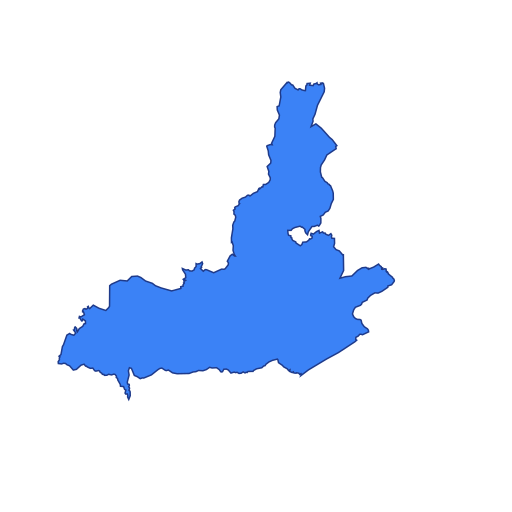 Budureasa, Bihor, Romania, rotated 116°
{"feature_id": "2599482B63741703724977", "entity_name": "Budureasa", "entity_type": "district", "adm_level": 2, "iso_a3": "ROU", "parent_name": "Romania", "parent_adm1": "Bihor", "projection": "natural_earth1", "projection_center": [22.661, 46.683], "detail": "fine", "context": "isolated", "style": "filled", "palette": "blue", "viewbox_px": 512, "rotation_deg": 116, "n_neighbors": 0, "source": "geoboundaries", "source_scale": "gbopen_adm2", "svg_char_len": 6136}
<svg xmlns="http://www.w3.org/2000/svg" viewBox="0 0 512 512"><g transform="rotate(116 256 256)"><path d="M433.8,388.1L435.4,387.2L437.7,387.5L439.3,386.5L438.2,383.4L436.8,382.0L436.1,380.2L436.6,378.2L436.4,375.4L438.6,370.2L436.6,367.7L430.8,365.4L428.6,363.1L429.7,360.9L429.3,360.0L429.7,359.1L429.6,355.7L428.3,353.5L429.8,350.8L429.7,349.5L428.0,347.3L427.9,346.2L428.8,345.2L429.0,343.2L429.7,342.2L429.1,340.7L429.7,340.0L428.6,337.8L426.9,336.6L426.2,333.7L424.5,332.0L424.2,330.8L425.1,328.8L426.5,328.3L426.7,326.8L428.0,325.9L430.9,321.7L432.5,320.7L431.4,317.8L433.5,315.6L433.5,314.2L436.6,313.6L437.2,312.6L436.4,311.1L438.1,309.8L438.9,309.7L440.7,307.5L436.7,307.8L433.4,309.5L432.7,310.1L432.3,311.4L430.7,311.5L429.8,312.1L429.4,313.1L428.1,313.0L427.0,313.7L427.3,315.3L425.8,316.4L418.6,317.9L415.1,320.4L411.9,320.8L411.6,318.7L416.7,313.0L416.5,309.9L417.0,306.3L415.3,304.6L414.9,303.4L408.7,297.9L401.1,294.3L399.2,293.1L398.0,291.5L398.5,287.6L398.4,286.5L396.9,284.7L397.6,279.8L396.4,275.3L390.9,264.6L387.8,261.7L386.3,259.3L384.1,257.5L382.4,253.4L379.8,250.8L376.4,248.9L375.9,246.4L373.7,242.5L374.2,239.3L375.5,236.9L375.4,236.3L374.7,235.4L371.9,235.3L370.6,233.0L370.6,230.9L372.2,227.2L369.9,224.7L369.8,223.3L368.8,222.0L369.0,219.8L367.9,218.0L365.8,216.7L365.9,214.6L364.7,213.8L364.6,212.9L363.3,212.6L361.0,208.1L360.0,208.0L357.1,206.0L353.9,201.8L351.5,200.9L350.6,199.8L348.9,199.6L345.5,197.9L342.6,195.5L339.3,191.6L339.6,190.9L342.0,189.0L342.7,184.4L343.5,182.5L343.7,178.4L344.7,176.5L343.4,175.6L345.0,175.1L344.9,172.6L343.9,171.7L344.6,171.5L344.3,170.0L343.7,168.5L343.1,168.3L342.6,165.9L343.3,164.8L342.0,164.0L342.6,163.3L343.8,163.2L335.3,158.9L317.6,147.4L306.7,139.6L289.7,129.5L287.5,128.6L287.3,129.8L285.3,130.6L283.3,129.1L280.9,128.4L280.3,127.4L280.1,125.8L274.8,121.5L273.4,122.5L272.6,123.9L272.1,127.7L270.2,131.3L267.6,133.4L267.5,134.8L268.5,137.0L268.6,139.2L267.8,141.5L265.8,143.9L261.5,144.6L258.5,144.2L254.5,140.5L253.0,140.0L251.1,140.2L246.9,136.9L244.9,137.1L241.2,135.8L237.0,133.0L235.8,130.0L232.6,127.4L226.3,123.8L225.1,124.3L222.4,121.5L218.5,120.7L217.6,120.8L216.3,121.9L216.0,123.2L215.3,124.0L214.1,129.2L213.4,129.5L213.1,131.3L212.6,131.2L212.7,132.2L210.7,133.4L211.0,134.7L212.5,136.2L212.8,137.2L212.1,137.5L211.0,136.4L211.5,138.1L210.7,138.7L210.3,140.8L209.5,142.3L214.4,145.4L217.6,148.3L217.7,149.1L218.1,148.6L218.6,148.9L218.0,152.2L220.1,155.5L224.5,158.4L232.0,161.1L235.3,166.4L239.2,170.8L230.6,170.9L216.6,178.0L217.0,178.5L214.9,183.4L215.2,186.8L213.7,190.3L210.2,190.9L205.8,193.2L206.8,195.6L205.7,196.6L204.1,197.0L203.1,198.5L205.7,199.9L205.8,203.1L205.1,203.8L205.8,205.6L205.1,206.7L207.6,209.0L205.4,210.6L207.5,212.3L211.1,214.0L211.4,216.4L213.3,216.1L213.8,215.3L213.5,214.5L213.9,214.0L215.3,213.5L217.0,214.6L217.1,215.4L218.7,215.5L221.2,216.8L223.1,220.0L225.7,219.8L227.4,220.7L226.8,225.6L225.9,226.5L225.9,229.7L225.2,231.0L224.0,231.8L224.1,232.7L222.6,233.5L223.1,235.8L221.6,237.2L219.0,238.7L217.6,235.7L215.5,235.2L213.3,233.5L209.9,229.5L210.1,227.6L209.7,227.1L210.6,223.6L211.9,223.1L213.4,221.5L214.3,219.0L211.2,219.6L204.9,218.6L203.9,216.6L201.4,214.3L201.6,212.7L200.9,212.5L197.9,212.2L193.9,214.1L192.2,215.6L189.7,213.6L186.3,212.9L183.9,210.9L180.8,210.5L175.9,211.3L171.2,211.3L165.7,214.1L163.9,215.6L160.1,219.9L160.2,220.9L159.6,221.4L159.6,223.1L158.9,224.2L158.7,226.8L156.4,230.7L156.5,231.4L152.2,235.0L148.3,236.8L145.6,237.3L139.5,236.5L134.1,236.6L124.4,231.0L122.6,232.4L121.4,231.7L118.0,238.5L117.1,242.1L112.5,253.4L111.0,260.1L115.6,263.2L109.9,263.8L107.9,265.0L102.7,265.1L93.6,266.8L78.5,266.7L75.2,267.9L71.3,271.1L71.8,272.0L71.4,272.3L72.4,273.8L73.4,272.9L74.7,274.7L74.5,276.5L73.6,277.1L74.7,277.7L76.1,279.4L77.8,279.3L79.0,282.7L76.9,283.0L78.6,285.7L80.1,285.2L80.8,285.7L81.9,285.5L85.7,284.1L86.1,285.0L86.6,287.5L86.4,289.8L86.8,290.6L88.3,291.0L88.2,294.5L86.2,298.0L86.6,299.0L85.5,301.8L85.4,303.0L87.2,304.1L86.9,304.3L95.7,306.6L98.4,305.9L102.2,303.4L110.9,301.0L112.5,302.5L115.4,300.9L119.1,296.7L122.7,295.6L127.6,296.8L130.1,296.6L131.9,295.8L132.7,294.8L140.2,291.5L147.9,291.4L148.9,290.2L149.6,292.0L152.0,294.4L152.7,294.4L156.1,291.1L159.5,289.0L163.6,284.4L166.1,283.5L170.7,285.2L174.4,281.5L176.9,280.7L179.5,277.4L181.4,276.6L184.3,276.8L187.4,278.6L188.5,280.7L191.0,280.2L191.2,281.0L194.1,282.1L193.6,282.7L194.1,283.0L197.5,282.9L200.8,285.8L204.4,287.5L204.7,288.1L204.4,289.1L205.2,290.3L207.7,291.3L210.1,293.8L212.9,295.3L214.6,295.2L216.1,294.3L216.1,293.7L218.6,294.1L221.0,296.2L222.0,296.3L222.9,295.4L224.8,296.4L225.8,295.2L228.0,294.2L228.5,292.4L230.1,291.2L233.9,290.4L235.2,290.8L238.6,290.4L241.7,288.7L250.4,286.1L254.5,284.0L253.9,283.6L256.7,280.9L260.9,279.2L264.1,276.3L265.1,274.6L265.4,275.4L264.8,278.1L267.2,279.3L273.3,279.5L274.2,277.8L276.1,277.1L280.9,278.1L281.9,278.8L282.9,281.2L289.6,286.7L290.0,294.5L290.5,295.7L292.8,296.7L291.6,300.4L290.1,299.9L289.8,300.5L286.3,300.6L285.0,301.9L287.4,303.1L289.1,305.4L289.1,306.5L291.8,305.2L293.9,305.9L295.5,305.5L297.6,306.9L298.5,309.3L298.0,310.7L299.4,312.9L299.5,316.7L300.6,315.9L303.3,311.4L306.3,309.6L308.7,311.1L308.7,308.6L309.4,309.0L309.5,310.2L311.6,308.7L311.9,309.1L312.2,308.7L313.9,308.9L315.0,308.3L316.6,310.2L318.1,309.3L324.4,316.6L326.3,327.3L326.8,333.4L326.0,337.2L326.9,344.3L325.8,350.1L326.0,353.7L328.9,358.7L334.9,360.8L337.4,367.5L344.6,373.5L346.8,374.5L365.4,365.6L367.1,365.8L370.8,367.1L371.8,374.2L371.5,380.7L376.2,382.4L376.0,383.4L374.8,384.7L375.6,385.1L376.0,384.5L377.2,384.6L378.4,385.5L378.2,386.7L379.4,387.9L381.5,387.8L381.7,387.0L382.2,387.1L382.2,386.2L384.0,384.5L386.8,386.2L387.6,387.0L387.7,388.2L389.2,387.9L388.9,387.3L390.8,384.3L390.4,383.7L388.6,384.0L389.1,380.9L391.5,379.6L392.3,380.8L395.2,380.9L398.7,383.0L402.5,383.3L401.7,384.5L400.3,384.9L399.6,385.7L399.0,387.4L399.6,387.7L401.9,386.9L402.5,387.5L404.3,384.2L407.1,385.0L407.6,388.3L407.3,389.5L410.0,391.3L420.2,390.1L422.2,390.3L430.1,388.1L432.4,389.1L432.6,388.0L433.8,388.1Z" fill="#3b82f6" stroke="#1e3a8a" stroke-width="1.5"/></g></svg>